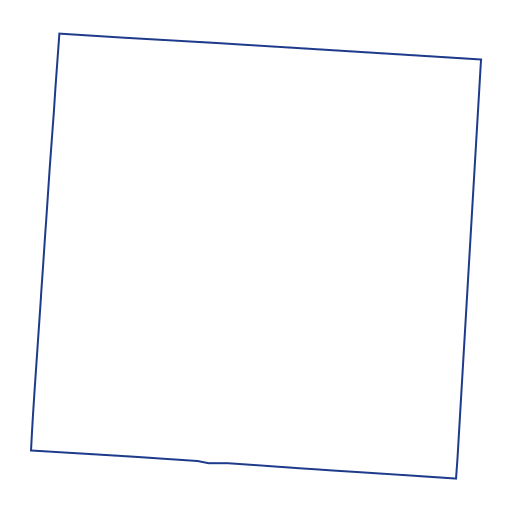 Dallas, Texas, United States of America, rotated 273°
{"feature_id": "52423323B35177303918175", "entity_name": "Dallas", "entity_type": "district", "adm_level": 2, "iso_a3": "USA", "parent_name": "United States of America", "parent_adm1": "Texas", "projection": "albers", "projection_center": [-96.837, 32.767], "detail": "fine", "context": "isolated", "style": "outline", "palette": "blue", "viewbox_px": 512, "rotation_deg": 273, "n_neighbors": 0, "source": "geoboundaries", "source_scale": "gbopen_adm2", "svg_char_len": 575}
<svg xmlns="http://www.w3.org/2000/svg" viewBox="0 0 512 512"><g transform="rotate(273 256 256)"><path d="M467.8,48.0L413.5,46.9L389.6,46.6L333.5,45.4L280.1,44.6L264.2,44.3L235.5,43.9L206.7,43.4L202.6,43.4L109.6,41.9L92.3,41.7L84.1,41.6L67.5,41.5L50.0,41.5L49.1,148.6L48.7,173.5L48.5,188.6L48.2,208.4L46.6,219.5L47.6,238.0L47.2,263.4L47.2,263.7L46.3,310.4L46.1,327.7L45.8,344.1L45.8,344.4L45.5,373.4L44.2,467.4L64.4,467.8L458.4,470.4L464.0,470.5L466.4,228.1L466.6,211.1L466.9,150.3L467.1,110.9L467.7,56.4L467.8,48.0Z" fill="none" stroke="#1e3a8a" stroke-width="2"/></g></svg>